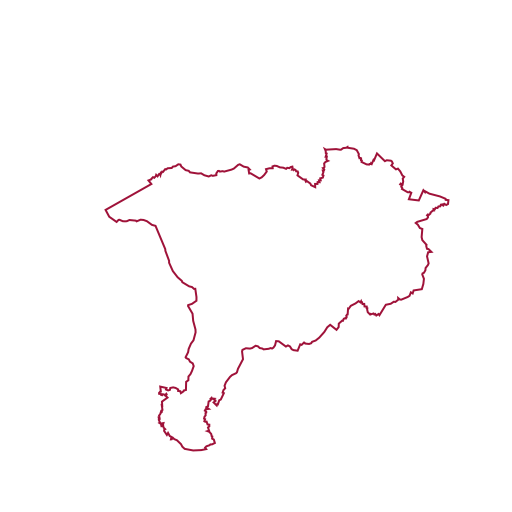 Atlapexco, Hidalgo, Mexico (Albers equal-area conic projection), rotated 50°
{"feature_id": "50627088B28473489349448", "entity_name": "Atlapexco", "entity_type": "district", "adm_level": 2, "iso_a3": "MEX", "parent_name": "Mexico", "parent_adm1": "Hidalgo", "projection": "albers", "projection_center": [-98.36, 21.021], "detail": "fine", "context": "isolated", "style": "outline", "palette": "rose", "viewbox_px": 512, "rotation_deg": 50, "n_neighbors": 0, "source": "geoboundaries", "source_scale": "gbopen_adm2", "svg_char_len": 6110}
<svg xmlns="http://www.w3.org/2000/svg" viewBox="0 0 512 512"><g transform="rotate(50 256 256)"><path d="M361.6,119.4L360.4,120.4L357.6,119.1L357.1,118.2L350.8,118.4L348.0,117.0L342.2,111.2L339.9,112.5L336.1,111.9L333.4,112.4L333.5,110.5L337.4,101.5L337.0,99.5L335.9,98.6L334.8,98.8L334.6,97.7L335.7,96.9L335.6,95.1L334.9,94.4L334.9,91.3L335.4,90.6L334.0,90.2L335.2,90.1L334.3,89.7L335.2,89.0L334.5,87.4L335.9,86.1L335.3,84.4L336.4,82.9L335.5,81.4L336.3,80.0L336.8,80.5L337.8,80.1L337.1,78.2L339.2,77.5L339.6,75.5L336.9,72.7L334.9,74.6L334.0,74.0L328.6,76.8L319.7,83.1L315.0,84.9L315.5,85.5L313.2,85.5L318.1,95.6L310.8,102.4L307.4,96.4L305.6,97.1L305.8,97.5L304.7,98.8L298.5,101.1L298.1,100.3L296.3,100.2L295.8,98.5L293.8,99.5L293.5,98.6L295.4,97.7L293.5,95.3L291.0,93.8L290.6,91.6L288.3,92.1L283.9,91.1L280.3,91.1L279.6,93.1L273.6,94.1L273.0,91.7L270.9,91.1L269.7,91.4L266.7,94.3L266.2,96.3L255.2,97.4L258.6,104.1L257.9,104.2L259.9,108.2L258.9,108.3L259.3,109.0L258.5,109.9L258.7,110.6L256.9,112.4L251.8,114.7L250.9,113.6L250.1,114.0L248.7,112.7L248.2,112.8L247.6,113.9L244.7,112.7L244.1,111.7L239.7,110.8L236.8,112.0L232.0,116.2L231.3,115.8L231.1,117.3L229.4,119.8L229.2,122.5L228.7,123.2L225.6,125.9L219.5,134.1L218.4,134.5L220.3,135.1L222.1,136.4L222.9,136.0L224.7,138.8L225.4,137.9L227.1,139.9L228.2,140.2L229.4,139.7L228.6,142.4L228.9,144.3L231.8,146.3L232.1,147.2L231.7,148.2L233.7,148.2L234.2,149.1L233.5,149.9L235.2,150.6L236.5,153.0L237.7,152.6L238.9,154.4L237.8,156.9L239.6,157.8L238.5,159.1L240.3,159.9L239.0,161.3L240.3,162.6L238.8,164.4L241.3,166.4L237.2,168.3L235.4,167.8L231.2,168.9L231.2,170.0L229.6,169.6L229.3,168.9L227.6,170.7L220.9,172.4L219.4,170.2L218.0,169.7L217.0,170.8L215.4,170.4L214.2,171.0L214.3,171.7L213.9,171.6L213.0,172.9L212.0,171.3L210.9,170.7L210.1,172.4L210.2,173.9L208.5,175.4L208.6,176.9L205.8,178.4L203.5,180.7L200.4,182.2L198.7,183.8L198.0,185.8L199.5,186.8L197.4,189.4L195.9,192.5L198.2,193.5L199.2,197.7L199.4,201.1L198.8,203.6L189.1,207.0L188.4,208.2L185.2,206.3L185.7,205.2L182.9,205.4L179.6,208.0L175.3,209.5L174.7,211.1L174.8,216.8L174.1,219.2L170.9,226.1L169.6,227.0L168.1,229.4L167.1,229.6L166.4,230.5L167.2,233.3L168.6,234.4L166.8,237.6L165.4,238.4L164.7,241.1L160.9,243.7L157.4,244.9L155.6,247.4L149.5,252.8L147.5,252.8L145.0,254.7L139.4,255.7L137.4,255.1L135.8,256.6L135.5,259.9L134.1,262.2L134.4,264.0L132.0,267.3L131.9,269.3L131.1,269.7L131.8,273.2L131.0,273.7L131.7,275.3L131.1,275.5L132.5,277.2L131.5,276.9L130.9,277.4L131.7,280.2L129.7,280.3L130.4,281.4L130.7,283.7L129.4,284.2L129.6,286.5L130.0,286.9L129.0,289.8L133.6,289.9L124.0,341.6L131.6,343.2L140.3,340.9L140.0,338.1L140.5,337.3L143.7,335.7L145.3,334.0L146.3,332.6L147.1,329.8L151.7,325.3L152.7,325.2L154.0,321.1L156.1,319.0L159.2,317.2L165.3,315.7L168.3,313.6L192.4,321.1L193.8,322.1L203.9,325.7L205.3,326.9L214.1,329.4L221.9,329.7L227.4,328.8L228.7,329.3L236.3,326.7L238.6,325.0L241.4,324.6L242.1,323.6L249.2,328.0L252.0,330.4L251.5,335.9L250.0,339.5L250.6,340.2L259.4,341.7L265.3,345.8L273.4,349.6L275.7,351.4L280.4,358.1L281.3,362.1L283.9,367.3L286.1,369.9L288.3,375.0L289.3,375.1L292.0,373.9L294.5,374.5L297.6,373.5L300.3,374.5L302.9,378.9L304.4,382.2L304.9,385.2L307.7,387.7L307.5,390.4L313.6,395.8L312.6,397.8L313.1,398.5L312.8,401.7L310.9,400.9L309.3,402.4L308.2,401.4L305.4,402.4L303.4,403.9L302.0,406.5L303.2,408.0L302.5,409.7L300.4,410.8L299.6,409.4L294.5,413.3L298.6,416.0L298.3,416.5L298.6,418.3L299.4,418.8L300.5,417.5L301.3,418.0L302.3,417.4L302.0,416.2L303.1,415.4L304.3,415.3L303.9,413.3L304.6,413.4L305.0,415.0L307.6,414.8L307.1,421.6L310.3,424.0L309.9,424.2L313.8,426.6L313.7,427.6L314.9,428.3L315.0,429.6L314.6,429.5L315.6,431.1L315.9,432.8L317.9,433.9L317.4,434.4L318.9,434.9L318.6,435.4L319.1,435.8L321.9,436.6L321.8,437.3L323.0,436.9L324.5,434.3L325.3,435.5L324.4,437.2L325.6,437.8L326.4,436.2L328.0,437.1L330.2,436.9L330.0,437.8L330.9,438.8L335.8,439.3L335.0,437.1L338.5,437.8L340.3,437.0L341.8,439.0L342.2,438.4L342.0,436.5L343.8,436.3L346.3,435.0L351.9,434.4L354.7,435.0L357.9,434.6L364.6,429.1L369.5,422.7L371.9,418.3L370.1,418.2L369.9,416.3L371.1,413.2L371.0,412.1L372.0,410.9L372.8,407.7L369.5,406.3L367.7,407.0L366.2,405.5L365.6,405.8L363.5,404.7L360.6,404.8L359.0,405.7L359.6,404.2L356.5,403.0L356.5,401.3L355.2,400.2L353.9,401.4L351.1,400.3L350.4,401.4L349.4,401.8L348.3,399.9L347.2,400.3L346.0,398.7L345.7,397.0L343.9,395.7L344.0,394.8L343.1,394.1L341.6,394.6L341.0,393.1L342.7,390.5L341.9,390.7L341.0,392.0L339.8,391.3L340.2,389.3L337.0,385.8L337.4,384.2L337.0,382.4L336.2,382.6L336.1,381.3L336.6,381.5L338.5,379.7L338.5,380.6L340.6,379.9L341.0,380.1L340.9,382.6L345.3,382.2L344.5,380.8L345.1,380.5L342.9,376.9L343.3,375.2L340.4,368.8L339.2,369.4L337.8,367.1L337.5,364.6L335.2,363.5L333.4,360.2L331.9,353.6L331.8,351.0L333.0,346.5L332.8,345.3L330.8,342.3L326.7,332.3L320.1,328.0L319.2,326.7L320.2,323.0L323.0,320.2L324.0,318.2L324.5,314.0L326.4,312.6L328.9,312.3L331.0,310.6L332.4,310.2L335.2,306.0L336.0,303.9L337.2,303.2L337.4,301.6L336.7,298.9L334.1,295.3L336.0,293.4L344.6,291.3L345.0,289.0L347.2,288.1L350.3,288.6L352.2,287.8L355.3,285.0L352.1,278.9L353.4,278.2L353.1,274.0L353.6,274.8L354.7,274.6L357.5,271.9L358.3,269.8L357.8,268.2L359.1,264.6L359.2,260.0L358.1,252.5L356.4,247.2L356.4,243.4L364.3,241.8L363.6,238.4L361.0,236.0L360.9,231.5L361.5,231.1L360.5,229.1L361.0,227.4L361.6,227.3L361.3,226.3L361.0,225.7L359.8,225.3L359.4,224.0L359.7,223.4L355.7,219.5L356.1,219.4L355.1,215.4L356.3,210.2L356.5,206.4L359.8,205.5L358.4,205.2L358.2,204.6L359.3,205.1L359.7,204.5L361.3,205.3L362.3,203.9L364.4,205.3L365.9,203.7L367.0,204.7L367.6,204.3L368.5,205.3L370.9,206.5L374.1,206.2L374.0,205.5L374.6,205.3L375.6,202.9L376.9,203.0L377.1,201.9L378.9,202.1L379.2,199.4L380.7,199.5L376.8,187.9L379.2,183.5L379.6,179.8L380.8,178.8L380.9,175.1L379.6,174.1L381.9,173.7L382.8,172.8L384.9,166.2L385.2,164.0L383.4,160.7L385.4,160.1L383.7,157.4L388.0,150.3L385.0,145.8L381.4,142.0L377.0,140.5L376.4,139.6L376.8,138.1L375.8,135.4L374.2,133.8L373.4,130.0L372.6,128.5L366.2,125.2L363.8,121.7L365.6,119.0L361.6,119.4Z" fill="none" stroke="#9f1239" stroke-width="2"/></g></svg>